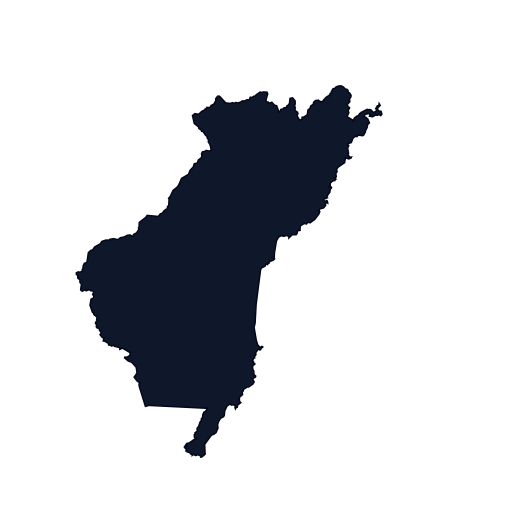 Acandí, Chocó, Colombia (Mercator projection), rotated 66°
{"feature_id": "7082276B91740979880715", "entity_name": "Acandí", "entity_type": "district", "adm_level": 2, "iso_a3": "COL", "parent_name": "Colombia", "parent_adm1": "Chocó", "projection": "mercator", "projection_center": [-77.318, 8.474], "detail": "fine", "context": "isolated", "style": "filled", "palette": "ink", "viewbox_px": 512, "rotation_deg": 66, "n_neighbors": 0, "source": "geoboundaries", "source_scale": "gbopen_adm2", "svg_char_len": 6120}
<svg xmlns="http://www.w3.org/2000/svg" viewBox="0 0 512 512"><g transform="rotate(66 256 256)"><path d="M413.9,389.9L416.0,388.0L417.2,388.3L417.6,387.3L416.4,383.1L407.2,379.5L401.5,369.5L401.7,366.8L401.0,364.2L397.7,360.7L394.3,359.6L392.0,357.5L389.8,354.3L389.7,351.5L389.0,350.0L384.7,347.5L381.2,343.4L380.7,339.7L382.2,339.2L382.7,337.1L384.9,335.7L385.7,336.8L387.3,337.0L386.2,335.3L386.5,334.6L384.7,333.4L383.8,329.5L382.2,330.2L379.4,329.2L378.2,328.2L377.2,324.7L374.5,323.9L374.4,323.0L372.7,321.4L372.1,317.2L372.7,315.9L371.7,310.9L370.3,308.9L367.4,309.2L366.4,307.6L366.5,305.9L365.6,305.1L363.5,306.1L360.0,304.8L358.2,305.0L355.8,304.2L354.9,303.3L354.3,301.0L353.5,300.9L352.8,302.0L351.2,301.2L349.7,302.1L349.2,300.4L348.0,299.3L348.5,298.7L347.3,298.2L345.9,296.0L344.5,296.0L342.2,292.2L342.1,291.5L343.3,290.9L343.5,289.9L342.6,289.1L341.9,286.8L341.0,287.3L341.2,289.5L337.8,290.6L332.6,289.9L320.2,286.7L317.1,284.2L300.5,275.7L270.2,257.3L269.1,255.4L269.0,252.0L267.4,249.7L268.5,248.9L267.8,248.2L267.9,247.1L266.6,245.9L266.9,242.1L266.2,240.2L265.6,240.4L260.4,237.7L250.5,231.2L248.0,227.8L247.6,224.9L249.3,222.6L249.7,219.5L251.7,218.0L252.9,218.6L251.3,214.3L252.9,210.7L251.8,208.9L249.9,208.3L250.5,205.3L247.2,203.8L246.5,202.9L245.9,198.8L247.3,196.8L246.2,195.1L247.7,193.0L246.4,187.3L243.3,181.6L241.8,180.0L241.3,179.7L240.7,180.3L238.9,178.6L239.6,174.8L238.2,171.9L236.2,171.1L235.9,169.8L236.9,169.0L234.8,168.5L234.1,168.8L234.2,170.9L232.6,171.3L231.7,170.9L231.8,167.4L231.4,167.7L228.9,164.9L227.9,162.7L225.4,161.2L224.4,159.2L223.1,159.4L222.3,160.4L222.3,159.8L219.7,158.6L218.6,155.5L219.1,153.4L218.3,151.7L217.1,152.6L216.2,150.4L213.0,149.5L212.1,147.8L209.2,146.8L208.1,144.3L206.8,137.1L202.7,134.4L205.1,131.7L205.1,128.5L204.2,130.3L204.1,129.3L203.5,130.6L202.1,130.5L201.1,131.4L200.2,129.8L194.8,128.4L192.7,126.3L191.4,127.1L190.8,126.4L191.1,122.7L187.9,119.7L187.1,116.8L188.0,115.1L187.3,114.2L187.7,112.4L189.5,109.7L189.1,107.9L188.4,107.8L187.5,105.8L186.2,105.1L183.9,102.3L181.2,100.4L180.6,98.3L176.6,98.1L173.8,99.3L173.3,100.5L171.6,99.9L171.1,97.9L171.9,94.6L173.1,94.4L174.4,95.5L176.2,92.9L175.9,89.6L176.9,87.6L176.7,86.2L178.5,84.9L177.7,83.3L174.6,82.9L173.4,85.0L170.9,85.3L170.0,83.9L169.1,84.3L169.6,82.8L169.0,81.3L166.8,81.5L168.6,82.7L168.1,84.0L169.0,84.5L169.9,86.7L171.5,86.4L172.8,87.9L172.5,90.5L169.2,91.6L168.2,92.9L168.1,94.4L167.2,94.8L167.6,101.4L168.1,103.4L169.5,105.6L169.2,106.8L169.8,109.7L172.1,112.5L170.6,112.7L166.1,115.9L165.3,115.7L162.9,112.9L160.6,112.7L158.7,110.2L157.1,111.0L154.8,111.2L153.3,107.6L150.4,106.6L149.5,104.8L148.0,103.8L145.3,104.1L144.1,105.1L142.2,104.6L140.9,105.0L139.7,106.5L136.8,107.6L135.4,108.8L134.7,110.0L135.0,110.8L134.3,111.3L134.1,114.0L134.9,115.8L134.5,117.6L136.6,120.4L137.6,120.6L137.7,122.1L139.0,123.6L139.4,127.0L140.8,130.5L142.2,132.8L140.3,135.1L139.1,135.5L138.2,138.2L138.5,139.6L139.0,140.8L140.6,141.9L141.2,144.9L143.2,146.9L143.6,149.0L147.8,151.7L148.5,155.7L148.0,157.5L150.0,158.4L149.6,159.4L150.1,160.8L145.8,161.4L144.4,161.2L142.9,159.7L141.4,159.6L141.3,160.3L138.0,160.9L136.4,159.7L134.8,159.9L133.7,158.8L133.0,159.1L132.7,158.2L130.2,157.2L126.4,158.2L125.8,160.8L129.9,163.2L131.1,164.6L131.5,167.0L132.9,167.8L132.0,170.1L132.6,171.5L132.2,173.7L133.6,175.2L133.9,176.5L127.1,176.0L125.8,177.7L122.0,179.0L121.7,181.9L121.4,182.5L120.5,182.1L119.5,183.6L117.7,183.6L112.6,179.3L110.8,179.3L109.2,182.4L108.8,184.6L107.9,185.5L108.9,190.6L109.9,192.0L109.1,192.8L109.6,195.1L108.6,196.6L110.6,198.8L109.6,200.7L109.7,203.5L108.7,205.6L109.2,207.6L108.5,211.2L107.5,211.9L107.7,213.9L106.4,215.0L106.1,217.5L103.8,221.4L95.8,224.1L95.0,224.5L94.4,226.1L95.9,228.8L97.8,229.6L100.1,232.8L100.2,235.7L101.6,237.8L100.3,240.4L100.8,240.5L101.1,242.8L101.6,242.9L101.8,246.8L103.2,250.7L101.1,253.9L101.8,256.9L109.9,258.5L114.6,256.0L116.4,256.3L118.4,254.9L119.9,255.0L120.9,253.7L124.8,253.1L127.0,252.1L128.3,252.6L130.8,252.1L132.3,253.2L135.4,252.7L140.5,253.6L141.4,255.7L139.3,258.5L139.6,260.8L139.0,262.4L140.2,264.1L142.9,264.9L144.1,266.3L144.8,269.6L147.2,271.9L146.6,274.8L149.1,277.1L150.9,281.4L153.9,284.4L154.8,292.4L159.8,297.9L161.1,300.2L162.3,305.0L166.7,310.1L167.7,312.4L168.7,312.3L174.2,315.1L174.8,316.6L176.9,318.1L176.7,319.3L177.4,320.3L177.0,321.0L178.8,324.3L178.6,326.2L180.1,329.2L174.6,338.9L175.9,341.1L177.8,349.0L181.8,351.0L182.4,351.9L184.0,352.2L186.3,355.8L186.5,359.1L187.7,360.0L187.6,360.9L185.6,362.5L184.8,364.6L184.9,369.3L184.1,372.4L184.9,375.5L182.2,379.1L181.3,382.6L181.7,383.7L180.3,387.0L180.0,391.0L181.5,393.2L182.1,399.7L184.0,402.8L183.7,404.9L184.8,407.8L192.9,413.0L192.9,415.8L194.5,417.7L197.7,419.7L197.9,420.5L199.5,420.7L199.0,424.0L198.2,424.7L198.3,427.0L199.6,427.6L201.4,426.9L203.9,427.8L204.7,427.4L204.6,426.8L206.0,426.5L208.6,427.6L210.7,426.9L215.6,430.0L216.5,429.8L217.7,428.7L217.0,426.7L218.7,425.3L218.9,422.6L220.0,420.9L220.8,420.9L221.0,419.7L222.5,419.0L223.7,419.4L224.4,420.8L227.2,420.6L228.2,421.7L228.4,424.3L233.5,427.7L241.1,428.3L241.9,427.6L243.7,427.9L247.2,426.0L249.2,427.4L250.6,427.4L250.7,428.5L252.0,430.0L254.1,429.7L255.8,430.7L257.1,430.4L258.3,428.7L260.1,429.2L263.1,428.5L264.4,430.5L267.9,429.6L268.9,428.4L271.6,430.1L272.1,429.0L275.7,426.4L277.4,426.8L278.1,425.5L279.5,424.6L279.6,422.4L280.9,422.1L284.2,417.8L285.9,418.4L285.9,415.4L293.3,410.2L295.0,411.3L295.8,412.9L295.9,415.1L295.0,416.9L295.6,417.5L300.0,415.4L302.5,412.8L308.9,410.7L314.6,412.3L317.1,416.6L321.8,415.5L324.8,413.7L325.4,415.0L327.6,415.7L348.4,418.2L348.9,414.7L375.4,362.3L377.4,365.4L377.5,367.1L379.1,369.0L382.1,370.8L382.4,372.1L383.9,372.7L385.0,374.7L388.4,377.8L389.3,379.8L390.7,380.5L391.8,380.3L392.8,383.8L393.9,383.9L394.3,385.2L396.6,386.0L397.9,384.9L398.7,385.1L398.3,386.5L399.6,393.0L399.1,395.5L400.5,397.8L400.6,396.6L401.4,396.6L402.1,399.2L403.5,398.3L405.7,399.2L405.7,398.3L406.9,398.6L408.6,396.5L410.3,396.2L411.3,395.0L412.2,395.4L411.8,393.9L413.7,392.4L413.9,389.9Z" fill="#0f172a" stroke="#020617" stroke-width="1.5"/></g></svg>